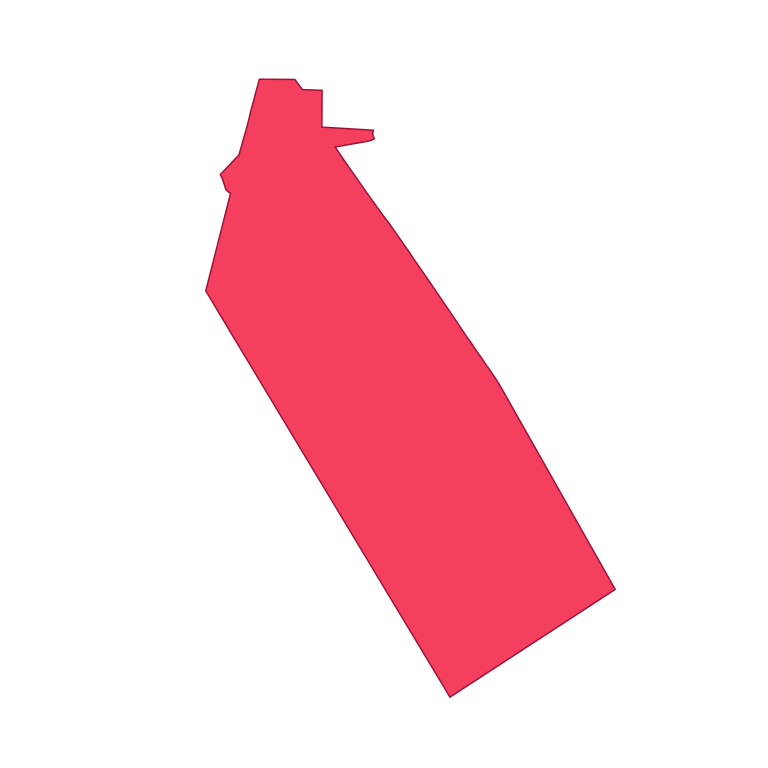 Chahuites, Oaxaca, Mexico (Equal Earth projection), rotated 317°
{"feature_id": "50627088B15401980188153", "entity_name": "Chahuites", "entity_type": "district", "adm_level": 2, "iso_a3": "MEX", "parent_name": "Mexico", "parent_adm1": "Oaxaca", "projection": "equal_earth", "projection_center": [-94.19, 16.276], "detail": "fine", "context": "isolated", "style": "filled", "palette": "rose", "viewbox_px": 768, "rotation_deg": 317, "n_neighbors": 0, "source": "geoboundaries", "source_scale": "gbopen_adm2", "svg_char_len": 1195}
<svg xmlns="http://www.w3.org/2000/svg" viewBox="0 0 768 768"><g transform="rotate(317 384 384)"><path d="M521.9,162.3L515.9,156.0L513.7,153.8L524.2,142.7L539.0,127.0L525.1,113.0L526.5,100.5L521.6,95.8L500.7,76.1L495.9,79.1L488.4,83.7L484.2,86.4L476.9,90.9L474.4,92.4L470.4,95.1L462.9,100.1L454.5,105.2L446.5,110.0L443.0,112.3L439.7,114.2L434.2,117.5L407.1,119.2L405.9,123.4L401.9,132.0L401.0,133.9L401.0,136.5L401.5,138.9L401.8,139.9L317.2,194.3L306.9,242.2L278.3,377.0L247.7,521.4L218.7,658.0L413.0,691.9L460.6,494.1L466.4,470.1L467.8,463.9L469.3,456.5L471.3,443.3L471.6,440.0L471.9,438.8L473.1,431.4L474.2,423.1L475.5,414.9L475.7,414.4L476.6,406.5L479.3,389.9L479.8,386.9L484.1,359.4L487.0,340.3L488.7,328.9L489.9,320.7L490.8,314.4L490.9,313.9L491.0,312.9L491.1,312.2L492.6,303.5L493.8,294.3L495.2,285.2L496.4,276.5L497.6,267.9L497.8,264.2L498.4,259.0L499.5,250.3L501.2,237.4L502.4,228.2L503.7,219.3L504.7,212.3L504.9,210.5L505.2,208.9L505.6,205.5L506.2,201.5L507.5,192.5L508.9,183.8L509.9,177.4L540.0,196.8L544.0,198.1L544.8,196.8L545.3,195.4L546.1,193.7L546.6,193.1L547.2,192.7L548.0,192.0L549.3,191.2L544.5,186.1L521.9,162.3Z" fill="#f43f5e" stroke="#9f1239" stroke-width="1.5"/></g></svg>